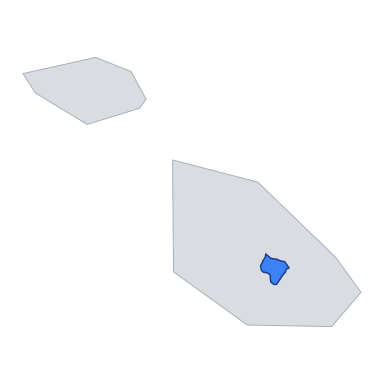 Malta, with Qormi highlighted
{"feature_id": "MLT-5945", "entity_name": "Qormi", "entity_type": "state/province", "adm_level": 1, "iso_a3": "MLT", "parent_name": "Malta", "parent_adm1": "", "projection": "robinson", "projection_center": [14.465, 35.875], "detail": "fine", "context": "in_parent", "style": "filled", "palette": "blue", "viewbox_px": 384, "rotation_deg": 0, "n_neighbors": 0, "source": "natural_earth", "source_scale": "10m", "svg_char_len": 642}
<svg xmlns="http://www.w3.org/2000/svg" viewBox="0 0 384 384"><path d="M361.0,292.3L331.6,326.6L247.2,325.0L173.5,271.8L172.6,160.0L257.7,182.1L335.4,257.0L361.0,292.3ZM139.6,108.2L87.1,124.4L35.2,92.8L23.0,73.6L95.6,57.4L131.0,71.6L146.1,99.1L139.6,108.2Z" fill="#d9dde1" stroke="#a8b0b8" stroke-width="1"/><path d="M270.8,281.9L270.3,278.5L270.3,275.0L267.7,272.9L263.3,272.2L261.3,270.1L260.5,265.7L262.0,263.2L263.1,260.4L265.1,257.6L265.9,254.2L271.1,258.5L276.8,259.2L279.9,260.7L284.6,261.6L289.0,267.9L286.1,269.4L285.6,271.9L282.8,275.0L276.6,284.4L273.7,284.4L270.8,281.9Z" fill="#3b82f6" stroke="#1e3a8a" stroke-width="1.5"/></svg>